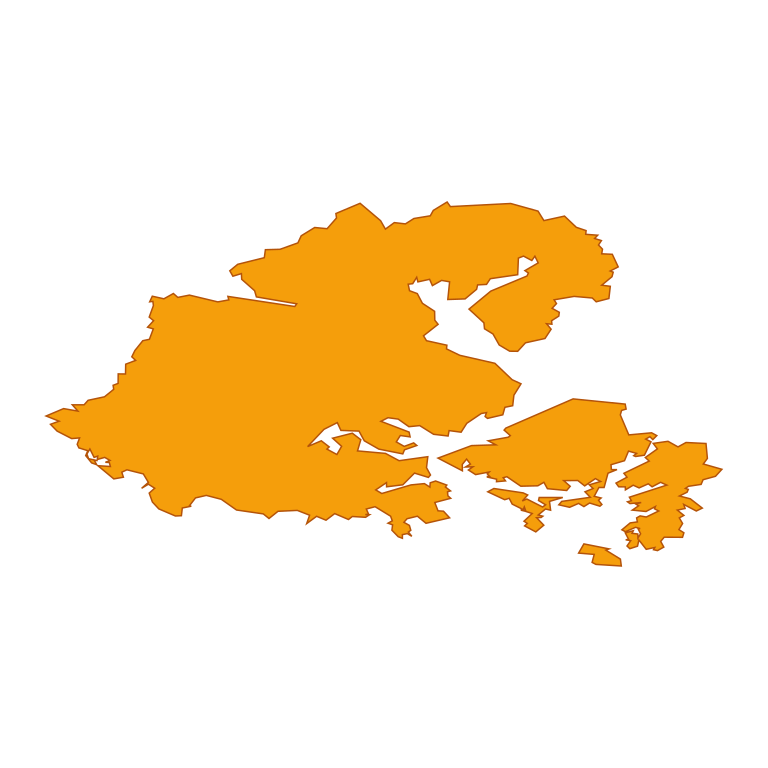 outline of Farsund nor, Vest-Agder, Norway
{"feature_id": "86288312B34679713059782", "entity_name": "Farsund nor", "entity_type": "district", "adm_level": 2, "iso_a3": "NOR", "parent_name": "Norway", "parent_adm1": "Vest-Agder", "projection": "robinson", "projection_center": [6.828, 58.134], "detail": "fine", "context": "isolated", "style": "filled", "palette": "amber", "viewbox_px": 768, "rotation_deg": 0, "n_neighbors": 0, "source": "geoboundaries", "source_scale": "gbopen_adm2", "svg_char_len": 6110}
<svg xmlns="http://www.w3.org/2000/svg" viewBox="0 0 768 768"><path d="M360.1,203.3L335.9,213.5L336.5,218.0L327.1,228.7L314.7,227.5L301.2,235.8L297.9,242.9L280.0,249.3L265.4,249.7L264.3,257.7L237.7,264.3L229.8,270.8L232.9,276.2L241.4,273.6L241.7,279.3L254.6,290.7L256.4,296.9L296.7,303.8L294.8,306.5L227.9,296.4L228.8,299.9L217.8,301.9L189.4,295.1L177.8,297.4L173.4,293.5L163.9,298.8L152.3,296.2L149.7,301.8L152.9,301.4L153.4,305.6L149.2,317.1L153.6,320.7L147.6,327.2L153.3,328.9L149.4,339.3L142.8,340.7L134.9,350.5L131.8,356.8L135.6,360.4L125.7,364.2L125.5,374.0L118.2,373.9L118.1,383.4L113.1,385.3L113.7,389.3L104.5,396.8L88.1,400.3L84.1,404.8L72.3,404.8L77.9,411.1L63.6,408.6L46.1,416.0L59.1,421.2L50.5,424.3L57.1,431.1L71.7,438.6L79.6,437.9L77.2,444.3L78.9,447.9L87.8,450.7L85.7,455.6L91.6,462.9L96.7,464.7L94.2,460.2L97.7,460.7L88.6,458.7L86.9,454.0L89.9,449.0L94.1,457.4L97.7,456.1L97.3,459.5L104.7,457.4L110.0,460.4L105.4,462.3L109.3,462.5L110.4,466.5L97.9,465.7L113.8,478.9L123.4,477.2L121.8,472.2L126.9,469.8L143.3,473.9L148.4,482.4L141.6,488.3L148.4,484.2L154.7,488.2L149.2,493.1L152.4,502.0L158.8,508.9L175.4,516.0L181.4,515.7L182.3,508.0L191.3,506.2L189.3,505.9L195.5,497.9L206.3,495.4L221.3,499.3L236.5,510.0L263.3,513.9L269.0,518.5L278.0,511.3L297.3,510.4L309.6,515.2L306.7,523.6L316.6,516.3L326.0,520.2L334.7,513.6L348.5,519.5L352.3,516.5L365.6,517.3L369.5,514.7L365.3,514.6L368.6,514.2L366.3,509.0L375.1,506.7L390.6,516.2L392.3,520.8L388.0,523.2L392.6,524.8L391.9,530.2L398.2,536.7L402.4,538.3L402.4,534.6L407.3,533.6L411.8,536.3L408.4,532.0L410.8,530.3L409.4,525.4L403.9,522.3L407.1,518.7L417.4,516.2L426.0,523.3L449.6,517.8L443.5,511.2L438.0,510.8L434.8,502.5L450.7,498.3L447.9,495.8L447.5,491.8L450.5,490.9L445.4,487.0L446.8,485.1L435.6,481.0L430.2,482.8L429.9,487.1L424.4,483.6L411.0,484.9L381.8,493.5L375.7,489.9L386.5,482.6L386.6,486.8L402.8,484.8L414.5,473.1L428.4,477.4L430.5,475.0L426.5,467.7L427.8,456.7L399.1,460.7L385.5,453.4L357.5,450.9L360.8,439.7L352.3,433.2L332.6,438.2L341.6,446.3L336.9,454.5L326.9,449.1L329.2,446.9L321.3,440.8L307.6,446.6L324.0,429.3L337.3,422.6L340.9,430.4L359.0,431.1L364.3,440.8L378.8,449.1L402.8,453.9L404.5,449.8L416.8,445.5L413.7,442.9L404.2,446.4L396.3,441.9L400.3,435.5L410.1,436.9L409.1,432.1L380.9,421.3L388.0,417.7L398.2,419.1L408.9,426.7L419.7,425.6L433.6,434.3L448.1,436.0L449.1,430.6L461.1,432.2L466.8,423.3L481.3,413.5L486.5,412.6L485.1,416.5L487.5,418.4L502.8,414.8L504.9,407.3L512.7,405.7L513.9,395.2L521.0,383.8L512.1,379.7L494.9,363.3L459.8,355.3L446.5,348.9L446.9,345.2L426.5,340.7L423.5,335.8L438.1,324.3L434.8,320.2L434.6,311.3L422.4,303.3L417.3,293.6L409.5,290.7L408.2,284.2L412.7,283.7L416.7,277.3L417.9,281.9L429.6,279.3L432.4,285.6L441.6,280.4L449.6,281.8L447.8,299.5L465.1,298.9L476.6,289.3L477.6,284.9L486.5,284.4L490.3,278.7L517.7,274.7L518.4,258.1L523.5,256.1L531.8,260.5L534.9,256.2L538.2,262.9L524.9,270.6L528.4,273.0L527.0,276.0L490.8,291.1L469.0,309.1L483.9,322.8L484.5,328.8L493.0,334.0L499.2,345.0L509.7,351.2L517.7,351.3L525.5,342.8L545.0,338.5L551.1,329.2L546.5,323.7L551.9,324.2L551.6,320.7L558.8,316.1L559.3,312.3L552.1,308.3L556.5,303.6L554.1,299.8L574.1,296.4L592.3,298.0L596.2,301.8L608.9,298.5L610.3,286.3L601.7,285.2L612.0,276.7L613.2,272.2L610.2,271.0L618.2,266.9L612.3,254.3L601.7,253.8L602.5,249.2L598.5,245.0L601.4,240.6L594.6,238.5L597.7,235.2L585.7,234.3L586.1,230.6L576.3,227.3L564.5,216.1L543.9,220.6L538.0,211.1L510.7,203.5L450.4,206.6L447.1,202.0L433.3,210.4L430.3,215.8L413.9,218.5L405.4,223.9L394.3,222.6L385.4,229.1L380.6,220.7L360.1,203.3ZM625.2,404.1L573.1,398.9L505.8,428.1L504.1,430.1L510.3,435.6L508.3,437.2L488.2,440.8L495.8,444.8L471.5,445.6L438.0,458.1L462.4,470.8L462.3,464.4L466.6,459.1L470.4,464.1L465.5,467.0L472.9,466.8L468.4,470.0L475.6,474.6L489.2,472.0L487.3,473.9L489.8,476.6L487.4,476.5L487.4,477.1L496.6,479.2L496.5,481.7L505.5,480.9L503.2,477.7L506.9,476.7L520.8,486.2L537.8,485.8L543.9,482.3L547.4,488.7L566.7,490.5L570.2,486.3L563.7,480.6L577.8,480.5L584.7,485.9L595.4,478.6L600.6,481.5L589.3,484.8L593.1,488.5L585.0,491.8L590.3,497.3L561.7,501.4L558.8,504.8L569.6,507.3L578.6,503.4L583.9,506.6L589.6,503.0L599.9,506.2L601.9,504.5L598.5,500.2L601.1,498.0L594.2,496.3L598.9,487.5L604.1,487.5L608.0,473.2L617.0,469.6L611.4,469.6L611.0,464.7L624.5,460.7L628.5,451.1L636.6,453.4L633.7,455.7L635.6,456.5L644.4,455.2L651.0,441.8L645.7,439.1L649.9,436.7L652.8,439.6L656.8,435.6L651.6,432.8L628.8,434.9L620.3,414.9L621.6,410.4L626.1,409.1L625.2,404.1ZM653.2,443.4L657.4,448.9L645.3,457.5L649.2,461.1L623.9,473.3L627.0,477.2L616.0,483.1L618.7,486.8L625.3,486.9L625.4,489.9L633.2,485.2L639.1,487.9L648.3,483.8L652.1,486.8L660.6,482.3L666.8,485.1L629.4,497.2L631.4,500.7L627.5,501.8L630.0,503.6L641.2,502.5L635.9,504.1L638.6,505.8L632.3,510.1L646.0,511.5L655.4,506.5L654.5,508.8L658.7,511.0L646.3,517.0L640.1,515.9L636.6,517.9L637.4,521.9L630.2,522.9L621.9,529.8L625.4,531.7L635.6,527.3L640.2,528.6L638.0,528.6L640.6,533.8L637.9,537.9L637.8,534.0L632.0,533.3L633.3,530.7L625.3,532.9L628.6,539.3L625.7,539.8L630.7,540.7L627.0,546.0L629.8,548.7L637.5,546.2L638.9,540.0L646.2,549.3L654.8,547.5L653.5,549.7L657.5,550.6L663.8,547.1L660.7,541.4L664.2,537.2L682.5,537.3L683.9,532.8L678.9,529.6L682.6,523.5L679.3,517.9L683.9,515.4L677.3,510.1L685.1,508.5L683.7,504.4L696.3,511.0L702.3,508.1L690.3,498.8L679.4,496.0L687.1,492.2L688.3,489.4L685.4,488.4L688.4,486.3L701.1,484.4L703.1,479.7L715.5,476.3L721.9,469.3L703.3,464.0L707.4,458.4L706.0,443.5L686.0,442.5L678.0,446.9L668.0,441.3L653.2,443.4ZM493.9,488.5L487.8,491.8L504.7,499.7L509.2,498.3L512.2,504.1L523.2,509.6L521.3,509.9L521.4,510.3L524.7,511.1L523.3,509.3L524.3,506.9L526.0,511.5L532.2,513.5L524.0,521.2L527.3,523.4L524.6,525.9L535.8,531.9L543.8,525.2L536.6,517.7L541.1,517.5L542.8,516.2L538.2,515.0L545.5,509.0L550.6,510.2L549.5,501.4L562.8,497.5L539.2,497.5L538.5,500.5L545.6,504.8L542.6,507.0L526.8,499.0L522.3,501.0L527.7,495.0L523.2,492.9L493.9,488.5ZM609.1,548.9L583.9,543.9L578.6,553.1L594.2,554.4L592.1,562.4L595.9,564.4L621.3,566.0L620.4,559.1L605.8,550.1L609.1,548.9Z" fill="#f59e0b" stroke="#b45309" stroke-width="1.5"/></svg>